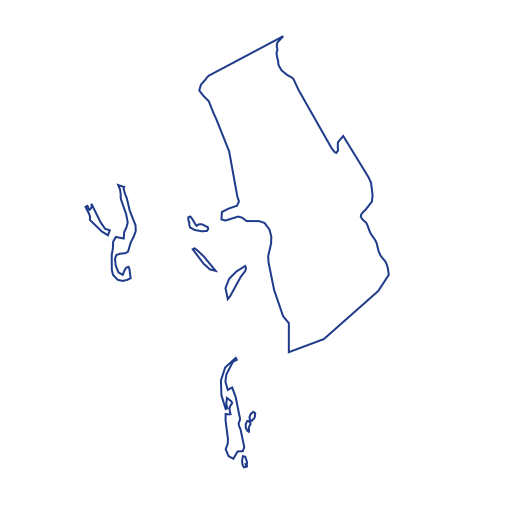 Belize, Albers equal-area conic projection, rotated 153°
{"feature_id": "BLZ-1323", "entity_name": "Belize", "entity_type": "District", "adm_level": 1, "iso_a3": "BLZ", "parent_name": "Belize", "parent_adm1": "", "projection": "albers", "projection_center": [-88.107, 17.657], "detail": "fine", "context": "isolated", "style": "outline", "palette": "blue", "viewbox_px": 512, "rotation_deg": 153, "n_neighbors": 0, "source": "natural_earth", "source_scale": "10m", "svg_char_len": 3370}
<svg xmlns="http://www.w3.org/2000/svg" viewBox="0 0 512 512"><g transform="rotate(153 256 256)"><path d="M270.4,155.4L257.2,181.3L259.2,189.9L255.3,217.5L247.6,245.0L245.1,250.5L236.8,260.4L233.5,266.5L232.0,273.6L233.4,281.6L237.3,285.6L248.5,291.4L250.9,296.4L253.9,299.2L267.2,301.5L270.2,304.3L266.4,310.7L258.2,310.6L250.1,309.4L246.4,312.4L245.6,317.6L232.4,361.5L229.3,395.3L229.0,402.3L227.8,415.3L230.1,422.3L231.3,428.7L231.4,429.3L227.2,433.7L220.7,436.2L219.0,437.2L216.1,438.1L131.9,439.5L139.0,436.9L140.0,436.4L140.7,435.7L141.4,435.0L142.5,432.9L142.8,431.3L143.3,430.2L143.9,429.2L144.7,428.8L145.3,428.1L146.0,426.4L147.1,422.8L147.5,420.4L149.1,416.5L149.2,413.4L148.9,409.7L146.2,403.4L142.7,398.2L142.3,396.4L142.7,384.4L142.7,384.2L139.7,317.9L138.9,313.4L137.8,311.4L135.1,312.7L133.2,316.9L131.3,320.2L123.8,323.3L120.0,275.2L120.2,269.2L124.4,257.5L128.0,251.9L137.3,247.5L140.5,246.6L143.1,245.4L144.6,243.9L144.8,241.8L144.4,240.0L142.8,235.7L142.7,233.4L143.6,225.5L143.6,223.6L142.6,216.1L142.6,214.3L142.7,212.8L144.7,204.0L144.8,199.7L144.5,197.7L143.4,193.3L143.2,190.9L143.6,187.5L144.3,184.6L146.3,178.9L163.0,169.3L233.2,151.2L270.4,155.4ZM350.5,133.4L352.5,133.4L350.0,147.7L343.8,161.0L334.0,170.7L320.3,174.4L320.3,172.2L323.6,172.3L324.6,172.2L336.2,163.9L340.3,158.0L341.9,149.5L336.9,149.7L338.2,139.4L344.0,118.6L344.7,117.2L346.2,116.0L347.7,114.4L348.3,111.8L348.5,108.6L353.2,91.1L356.3,88.1L361.2,90.2L368.2,85.6L371.3,90.1L370.8,97.5L366.6,101.4L364.3,105.1L357.9,123.0L354.8,129.0L352.6,127.5L350.5,126.6L349.7,130.1L348.5,132.5L346.7,134.3L344.0,135.7L344.0,137.9L346.4,142.7L349.3,138.3L350.0,136.3L350.5,133.4ZM377.8,293.1L381.6,293.2L386.1,294.3L390.0,297.5L392.0,304.2L390.7,309.2L384.2,322.2L380.0,327.9L376.8,333.6L372.2,336.6L365.9,331.6L362.6,337.1L358.6,340.2L355.0,344.2L352.7,352.3L350.7,367.2L350.0,369.6L348.3,373.0L346.9,377.1L346.6,381.8L342.1,377.3L343.3,376.2L343.7,375.1L343.8,373.9L344.2,372.7L345.0,365.7L347.9,353.9L349.4,338.0L351.9,332.7L356.0,328.9L361.5,324.9L368.0,318.0L371.2,317.8L375.9,319.7L379.9,320.3L383.0,317.4L385.4,310.9L386.0,303.9L383.3,299.7L379.8,302.8L376.9,304.5L374.5,304.2L374.6,302.1L377.8,293.1ZM272.4,247.5L279.0,244.4L297.0,232.1L300.7,230.4L297.8,241.2L290.4,247.8L280.5,251.1L270.2,252.0L270.2,250.5L270.6,249.5L272.4,247.5ZM374.6,345.3L378.5,341.7L382.2,347.7L387.6,363.6L386.1,366.1L385.6,369.4L385.6,377.2L383.4,377.2L383.6,373.8L383.4,372.7L381.6,373.3L380.4,374.2L379.6,375.5L378.9,377.2L379.2,357.1L378.1,348.7L374.6,345.3ZM292.9,302.5L298.8,307.0L301.8,311.4L301.1,314.7L300.2,316.2L300.1,318.2L298.8,321.2L296.6,321.0L296.0,318.2L295.6,311.3L295.2,309.8L292.6,310.2L289.9,308.9L288.1,306.6L287.0,304.9L286.0,304.0L286.1,302.0L288.2,300.6L292.9,302.5ZM298.7,261.1L303.1,264.9L306.2,272.9L309.3,290.7L307.2,290.7L305.6,287.4L302.8,279.5L298.7,261.1ZM361.5,72.8L362.7,73.3L362.8,74.7L362.7,76.4L361.5,79.7L358.5,83.6L356.7,82.0L357.6,76.4L358.8,74.4L359.8,75.2L360.0,74.5L359.5,73.0L359.6,72.5L360.7,72.7L361.5,72.8ZM332.9,111.8L334.7,111.0L335.7,112.0L335.0,115.4L332.4,117.7L329.0,118.3L328.1,116.2L330.3,112.9L331.9,111.9L332.9,111.8ZM342.2,102.6L343.0,103.9L343.2,107.5L341.4,110.9L338.8,112.9L337.7,112.7L337.2,111.0L336.7,109.7L337.3,108.5L338.9,107.6L340.6,106.1L341.1,104.3L341.7,103.1L342.2,102.6Z" fill="none" stroke="#1e3a8a" stroke-width="2"/></g></svg>